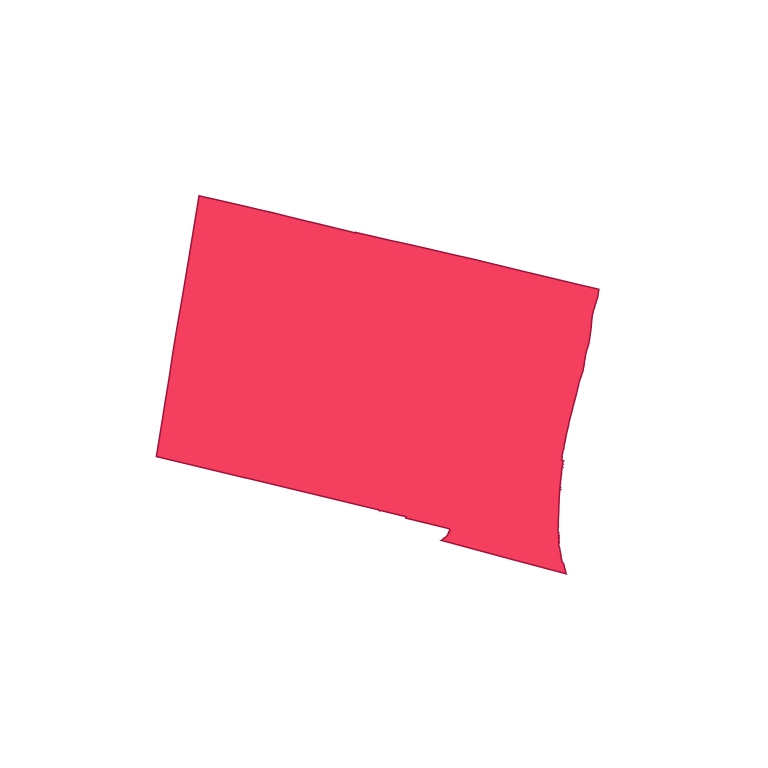 outline of Mar Chiquita, Buenos Aires, Argentina, rotated 330°
{"feature_id": "61730980B58883686199673", "entity_name": "Mar Chiquita", "entity_type": "district", "adm_level": 2, "iso_a3": "ARG", "parent_name": "Argentina", "parent_adm1": "Buenos Aires", "projection": "equal_earth", "projection_center": [-57.382, -37.513], "detail": "fine", "context": "isolated", "style": "filled", "palette": "rose", "viewbox_px": 768, "rotation_deg": 330, "n_neighbors": 0, "source": "geoboundaries", "source_scale": "gbopen_adm2", "svg_char_len": 5787}
<svg xmlns="http://www.w3.org/2000/svg" viewBox="0 0 768 768"><g transform="rotate(330 384 384)"><path d="M373.5,180.2L362.5,170.1L354.0,162.0L317.9,128.5L312.5,135.2L301.8,148.2L276.7,178.9L274.2,181.9L252.9,207.8L232.3,232.4L217.2,250.8L202.4,269.5L183.8,292.2L173.3,305.2L150.6,333.0L213.7,392.9L216.7,395.8L216.9,395.7L315.9,489.8L316.9,491.8L318.2,492.2L336.7,509.9L335.8,511.0L368.1,541.9L367.9,543.0L368.1,543.8L367.9,543.9L367.7,543.9L366.7,544.6L366.3,544.3L365.9,544.3L365.6,545.0L365.4,545.2L365.0,545.7L364.9,545.8L364.3,545.9L364.1,546.0L363.8,546.4L363.6,546.5L363.0,546.9L361.8,547.0L361.5,547.2L360.2,547.8L359.4,547.4L359.1,547.4L358.6,547.6L357.8,547.6L357.2,548.2L357.0,548.4L356.5,548.2L355.6,548.0L355.4,548.0L408.6,601.4L446.9,639.5L447.3,637.6L447.4,637.3L447.6,637.1L447.7,636.6L447.9,636.2L447.9,635.9L448.0,635.7L447.9,635.2L448.4,634.2L448.5,633.2L449.3,631.0L449.5,630.0L449.7,629.5L449.7,629.0L449.6,628.7L449.5,628.3L449.5,628.0L449.5,627.6L449.3,627.2L449.5,626.7L449.6,626.0L449.7,625.8L449.8,625.5L449.9,625.4L450.0,625.3L450.0,625.2L450.3,624.5L450.3,624.2L450.3,623.9L450.3,623.4L450.5,623.2L450.5,622.9L451.3,621.6L451.6,621.0L451.9,619.9L452.3,619.0L452.5,618.2L452.9,617.4L452.9,616.9L453.1,616.3L453.6,615.2L453.9,614.5L453.9,614.1L454.2,613.5L454.5,612.1L454.7,611.5L454.8,611.1L455.0,610.4L455.5,609.6L455.7,609.4L455.9,609.4L455.9,609.6L456.0,609.6L456.0,609.4L455.8,609.1L456.1,608.5L456.3,608.3L456.6,608.1L456.7,608.3L456.8,608.2L456.7,608.0L456.5,607.9L456.6,607.6L456.9,607.5L457.0,607.5L456.9,607.2L457.0,606.9L457.1,606.7L457.3,606.6L457.3,606.8L457.5,606.6L457.6,606.4L457.4,606.2L457.5,606.0L457.8,605.8L458.1,605.8L458.1,606.1L458.2,605.8L458.1,605.6L458.2,605.3L458.1,605.2L458.1,604.8L458.4,604.4L458.6,604.3L458.9,604.3L458.9,604.6L459.0,604.6L459.0,604.4L458.8,603.8L458.9,603.3L459.1,603.0L459.3,602.6L459.7,602.4L459.9,602.5L459.9,602.8L460.0,602.7L460.1,602.4L459.8,601.9L460.0,601.2L460.5,600.7L461.0,600.6L461.1,600.8L461.1,600.6L461.0,600.3L460.6,599.9L460.6,599.7L460.8,599.1L461.3,598.3L461.3,598.1L462.0,596.9L462.7,596.0L462.9,595.7L463.3,595.2L463.3,594.9L463.7,594.6L464.4,593.5L465.3,591.7L465.9,590.7L467.2,588.8L467.7,587.8L469.4,585.2L469.6,584.7L470.0,584.3L470.4,583.7L470.8,583.1L471.3,582.2L471.8,581.5L472.7,579.9L472.9,579.7L473.6,578.6L474.0,577.8L474.6,576.9L474.7,576.4L475.2,575.8L475.3,575.7L475.5,575.4L475.8,575.1L476.0,574.7L476.7,573.7L476.9,573.3L477.2,572.9L477.5,572.3L477.8,571.9L478.8,570.1L479.3,569.4L479.9,568.7L480.3,567.9L481.0,566.9L481.4,566.2L481.7,566.0L482.0,565.4L482.4,565.0L482.7,564.3L482.9,564.2L483.1,564.2L483.5,563.2L484.0,563.4L483.8,562.9L484.4,561.8L484.9,561.3L485.0,561.3L485.2,561.5L485.2,561.4L485.0,561.2L485.7,559.9L486.5,559.0L487.0,558.8L487.1,558.5L487.3,557.8L487.9,557.1L488.1,556.7L488.8,555.9L489.3,555.2L489.8,554.7L490.2,553.8L490.7,553.1L491.6,552.1L491.7,551.9L492.5,551.1L493.2,549.9L493.5,549.4L494.0,548.6L494.4,548.2L494.9,547.3L495.5,546.7L495.8,546.2L496.5,545.4L496.8,545.5L496.7,545.3L497.5,544.1L498.2,543.3L498.4,543.2L498.9,543.3L498.8,543.5L499.4,542.9L499.2,543.0L499.0,542.9L498.9,542.7L498.9,542.4L499.2,541.7L499.8,540.9L500.1,540.6L500.4,540.5L500.7,540.5L501.0,540.5L500.8,540.8L501.2,540.5L501.2,540.3L499.9,538.9L499.8,538.7L500.1,538.2L500.6,537.7L500.9,537.2L501.3,537.0L501.5,536.8L501.6,536.5L502.1,535.9L502.1,535.5L502.3,535.2L503.1,534.2L504.1,533.2L504.6,532.6L504.9,532.2L505.1,532.0L505.2,531.8L505.5,531.5L506.1,530.9L506.8,530.5L507.4,530.0L507.6,529.5L508.7,528.2L509.0,527.8L509.4,527.2L509.8,526.6L510.3,526.1L510.7,525.8L511.0,525.4L511.4,525.2L511.7,524.6L512.1,524.3L512.1,524.1L512.4,523.9L512.7,523.5L513.6,522.6L513.9,522.0L514.7,521.1L515.4,520.5L515.7,520.0L516.2,519.5L516.5,519.1L516.8,518.8L517.5,518.1L518.0,517.4L518.9,516.5L519.2,516.3L519.5,515.8L519.9,515.5L520.2,515.1L521.1,514.3L521.4,513.8L521.8,513.4L522.2,513.2L522.4,512.9L523.2,512.1L524.0,511.1L524.3,510.6L524.5,510.4L525.7,509.0L529.1,505.6L529.8,504.9L530.1,504.6L531.1,503.7L532.2,502.5L533.2,501.5L533.5,501.2L534.0,500.7L534.4,500.3L535.7,499.0L535.8,498.7L536.2,498.2L536.4,497.9L537.8,496.8L539.2,495.3L540.3,494.3L541.0,493.5L541.9,492.7L542.4,492.1L543.2,491.3L544.3,490.2L544.6,490.0L545.7,488.7L546.7,487.8L547.1,487.4L547.3,487.1L548.5,485.9L548.9,485.3L549.4,484.9L550.6,483.5L551.0,483.2L551.2,482.9L551.7,482.6L552.0,482.2L553.6,480.3L554.6,479.5L556.1,478.0L556.7,477.5L557.5,476.8L558.7,476.0L560.5,474.2L561.6,473.4L561.9,473.0L562.4,472.6L562.7,472.3L563.8,471.1L564.1,470.7L565.5,469.1L566.0,468.6L567.1,467.1L567.6,466.6L569.0,464.5L570.0,463.5L571.5,461.7L571.8,461.4L571.9,461.1L572.9,460.0L573.0,459.8L573.3,459.3L574.0,458.6L574.8,457.9L576.1,456.4L577.2,455.4L577.7,455.2L579.0,453.9L579.5,453.3L580.2,452.8L580.4,452.5L581.1,451.9L581.7,451.3L582.3,450.5L582.8,450.0L583.1,449.5L583.9,448.6L584.2,448.4L584.5,447.9L585.0,447.3L586.1,445.8L586.4,445.5L587.0,444.7L587.3,444.4L587.4,444.2L588.3,443.2L588.5,442.6L588.8,442.3L589.1,441.7L589.6,441.4L589.7,441.2L590.1,440.9L591.0,439.5L591.5,438.8L591.7,438.6L592.2,437.9L593.1,436.6L593.3,436.3L593.6,435.8L594.5,434.6L595.3,433.3L595.6,433.1L596.0,432.3L597.2,430.9L597.4,430.5L598.0,429.8L598.4,429.1L598.8,428.8L599.3,428.0L599.7,427.7L601.0,426.5L601.9,425.4L602.4,424.8L603.6,423.9L604.2,423.4L604.5,423.1L605.3,422.2L605.5,422.0L606.7,420.8L607.4,420.2L608.1,419.8L609.6,418.2L611.0,417.0L612.3,415.9L612.4,415.7L613.1,415.0L613.5,414.3L613.8,414.1L614.6,413.0L615.9,411.4L616.2,410.8L616.8,410.4L617.4,409.4L601.7,394.7L560.5,355.7L533.1,329.5L525.3,322.0L509.1,307.1L481.2,281.0L467.4,268.3L461.4,263.0L435.1,238.4L434.7,238.8L428.8,233.1L419.8,224.6L406.3,211.6L398.2,204.1L382.4,188.9L373.5,180.2Z" fill="#f43f5e" stroke="#9f1239" stroke-width="1.5"/></g></svg>